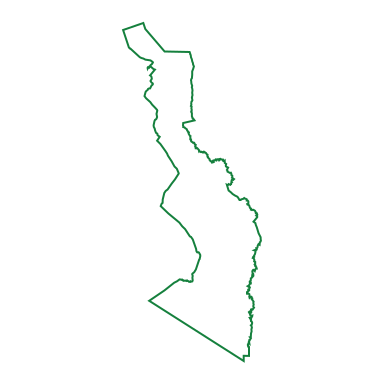 Narok South, Rift Valley, Kenya
{"feature_id": "3690345B7468975008705", "entity_name": "Narok South", "entity_type": "district", "adm_level": 2, "iso_a3": "KEN", "parent_name": "Kenya", "parent_adm1": "Rift Valley", "projection": "robinson", "projection_center": [35.805, -1.359], "detail": "fine", "context": "isolated", "style": "outline", "palette": "green", "viewbox_px": 384, "rotation_deg": 0, "n_neighbors": 0, "source": "geoboundaries", "source_scale": "gbopen_adm2", "svg_char_len": 6026}
<svg xmlns="http://www.w3.org/2000/svg" viewBox="0 0 384 384"><path d="M130.2,48.7L130.4,48.6L139.8,57.2L141.4,58.0L143.5,58.6L145.3,59.6L150.5,60.4L152.7,62.0L152.9,62.5L151.9,64.1L150.7,65.0L150.5,65.6L150.1,65.7L149.8,66.3L149.2,66.6L149.1,67.2L147.9,67.2L147.6,67.9L147.7,68.4L148.0,67.8L149.1,67.8L149.4,67.1L150.5,66.7L151.2,67.0L153.4,69.0L154.9,69.6L150.1,75.4L150.8,75.8L151.5,76.9L151.8,78.8L150.5,81.0L151.5,82.5L152.7,83.4L152.9,84.0L152.4,84.9L151.6,85.4L150.1,88.4L148.9,88.5L148.1,88.9L147.7,89.9L146.4,90.9L145.6,91.9L144.5,96.1L146.1,98.3L150.3,102.1L152.1,104.6L155.2,107.8L157.0,109.8L157.3,110.6L156.5,113.9L157.1,117.0L156.5,118.7L155.9,119.4L155.1,119.8L154.5,121.0L153.6,125.3L153.8,126.9L154.7,128.6L155.0,130.1L156.0,132.8L157.3,133.6L157.6,135.2L159.7,136.8L157.1,140.7L160.4,144.0L165.4,151.0L167.1,153.6L167.9,155.6L171.7,161.4L174.5,166.5L176.8,168.7L178.7,173.2L178.7,173.6L174.9,179.5L171.7,183.6L167.6,189.5L165.7,190.9L164.3,193.0L162.7,199.6L162.6,202.9L161.7,203.6L160.7,206.1L168.4,213.5L179.4,222.6L182.2,226.3L185.1,229.1L189.6,236.0L190.2,236.6L191.0,236.9L192.8,239.5L196.1,248.9L196.4,251.0L196.9,252.0L197.3,252.4L198.2,252.2L198.9,252.5L200.2,254.8L200.3,256.0L199.6,259.2L199.2,259.5L195.9,269.4L194.2,272.2L192.4,273.7L192.2,274.2L192.7,275.9L192.4,277.7L192.7,280.3L192.3,281.4L190.9,281.7L190.5,281.4L190.2,281.9L189.0,281.8L188.6,281.2L187.6,281.0L187.0,280.4L186.3,281.0L185.4,280.6L183.7,280.8L183.4,280.3L182.8,280.4L182.2,279.6L181.5,279.8L181.4,279.6L179.6,279.4L177.0,281.3L174.2,282.7L164.5,290.4L149.2,300.8L243.7,361.0L243.7,355.8L249.0,355.9L249.0,347.0L248.2,346.7L247.9,345.3L248.2,345.2L248.0,344.2L248.5,343.8L248.7,342.6L249.3,343.2L249.1,342.0L249.4,339.8L249.6,339.7L249.8,340.1L250.9,338.2L250.0,337.2L250.8,337.0L251.0,333.5L251.6,331.4L251.4,329.3L251.9,327.7L251.5,326.0L250.9,325.3L251.7,324.7L252.2,322.9L251.7,321.5L251.0,321.2L250.9,320.8L251.1,318.9L250.5,319.1L250.0,318.4L250.1,318.0L249.8,317.7L252.1,316.7L252.3,315.6L251.7,315.8L250.1,314.9L250.0,314.1L248.9,312.1L249.7,311.4L250.1,311.4L250.5,312.7L250.8,312.9L251.3,312.2L251.0,309.5L251.9,309.2L252.6,309.6L254.0,307.6L253.5,307.1L253.3,306.4L253.4,305.3L253.7,304.7L253.3,303.0L253.6,301.6L251.8,299.2L252.3,298.9L252.3,298.4L252.0,298.2L251.5,296.8L251.2,296.7L249.6,297.9L249.3,296.7L249.7,296.4L249.3,294.1L248.0,293.3L247.6,293.7L247.1,293.8L247.0,293.5L247.0,292.1L248.9,290.6L248.2,290.0L248.2,289.6L249.2,289.3L249.4,287.9L249.8,287.6L249.5,286.9L248.8,286.9L247.7,286.2L248.6,285.7L249.9,284.1L249.8,282.5L250.8,283.0L250.8,282.5L250.2,281.0L250.8,280.3L250.8,278.4L252.0,277.5L252.2,275.6L253.0,276.3L253.4,275.8L253.2,273.8L252.6,273.2L252.3,271.2L252.9,270.8L252.9,270.2L253.3,269.8L254.1,270.1L254.8,271.0L255.4,269.2L256.1,268.5L256.7,268.5L256.3,267.1L255.3,266.3L255.2,265.9L255.5,265.6L254.6,264.5L254.8,264.2L255.2,264.1L255.2,262.0L254.8,261.9L254.5,261.1L254.2,261.1L254.4,260.0L253.8,258.5L252.9,258.0L253.2,257.7L253.1,257.2L254.2,256.8L254.2,256.5L253.8,256.2L255.0,254.0L255.5,251.7L255.3,250.7L254.2,250.3L254.9,250.0L255.7,250.3L255.8,249.9L256.4,249.9L256.7,249.6L256.4,249.0L256.3,248.3L256.8,248.4L257.1,248.0L257.5,247.2L257.7,245.7L258.5,244.2L259.6,244.8L259.8,242.3L260.5,241.7L260.9,240.6L260.7,239.4L260.6,237.2L258.6,233.3L256.8,227.3L255.8,224.9L255.4,223.1L253.5,221.7L257.2,217.2L257.2,216.3L256.4,215.7L257.1,215.3L257.3,214.5L256.7,213.1L256.2,213.1L256.4,213.7L255.9,213.5L255.6,212.7L255.7,212.1L255.0,210.8L253.4,209.8L252.6,209.8L252.0,210.1L251.0,209.7L251.2,209.2L251.0,208.6L250.6,208.6L249.9,207.7L249.3,205.7L248.8,205.1L247.4,204.5L247.3,204.2L248.1,204.2L248.4,204.0L248.2,203.2L248.4,202.2L248.3,201.3L247.6,200.5L246.7,200.5L246.7,199.3L245.8,198.8L245.1,198.7L244.2,198.0L243.3,198.8L241.1,199.4L240.7,200.0L239.5,200.0L237.9,197.3L237.0,196.5L235.1,195.6L232.6,194.0L231.0,192.4L228.6,190.5L226.9,184.8L227.7,185.2L228.3,184.8L228.6,184.1L230.3,184.8L230.7,184.2L231.1,184.1L231.3,182.7L232.0,182.2L231.4,181.3L231.8,179.9L232.4,179.4L233.2,179.9L234.0,179.1L232.0,177.7L232.3,177.2L232.3,175.7L231.5,175.2L231.3,173.6L230.9,172.7L229.9,172.9L227.5,171.6L227.4,170.5L226.9,169.9L228.1,167.6L226.3,166.7L225.9,166.3L225.8,165.4L226.2,164.0L224.8,163.0L224.7,160.6L223.9,161.2L223.4,161.1L223.0,160.7L223.0,159.6L221.5,159.5L220.4,158.8L219.3,159.1L219.2,159.4L219.7,159.9L219.1,160.4L218.7,159.7L217.9,159.2L217.2,159.5L216.7,160.2L216.2,159.4L215.8,159.3L215.3,159.7L215.2,160.3L214.6,160.7L213.5,160.4L213.2,160.5L212.7,161.0L212.7,161.5L213.3,162.2L212.0,162.6L211.7,161.9L211.0,161.2L210.5,161.2L210.1,160.4L209.6,160.0L209.5,159.0L208.0,157.6L208.0,157.0L207.6,156.8L207.6,156.2L207.3,155.9L207.5,154.7L206.7,154.2L206.0,153.0L204.9,152.6L204.7,152.1L204.3,152.1L203.9,151.7L203.1,152.5L202.6,152.1L202.3,152.3L201.6,151.9L201.0,152.0L200.9,151.7L200.1,151.8L199.3,151.2L199.2,150.4L199.0,150.2L198.9,150.4L198.8,149.9L197.4,148.3L197.0,148.0L196.4,148.4L195.7,148.3L195.7,147.6L195.2,146.7L195.6,146.3L195.4,145.7L195.7,144.9L194.8,144.5L194.8,144.0L194.2,142.8L193.2,142.9L193.0,142.4L191.5,141.7L191.1,141.1L191.2,140.7L190.6,139.8L190.9,139.7L191.0,139.4L190.3,139.0L190.4,136.2L190.1,136.2L188.6,133.6L188.9,132.5L188.2,132.2L188.2,131.6L187.2,130.6L186.8,129.3L186.4,128.9L185.3,128.3L184.8,127.6L183.2,127.0L183.4,126.3L183.0,125.4L183.2,123.0L194.5,120.4L193.6,119.1L192.7,118.6L192.7,118.0L192.3,117.7L192.2,116.9L191.9,116.4L191.9,113.3L191.3,112.1L191.6,112.0L191.5,111.5L191.7,110.8L191.5,110.5L191.7,109.4L191.4,108.4L191.6,106.6L190.9,106.0L191.4,104.8L191.2,103.7L191.5,101.5L192.0,101.1L192.4,100.2L192.0,98.2L192.1,97.8L191.9,97.4L192.5,95.1L192.2,92.8L192.5,90.3L192.2,88.4L191.8,87.2L192.2,85.9L191.4,83.5L191.2,81.0L191.0,80.2L191.4,78.9L191.9,78.2L192.2,74.9L192.2,71.4L193.2,68.8L193.9,66.4L193.1,64.5L192.9,63.0L192.3,61.6L191.8,59.2L191.0,57.3L190.7,55.0L190.2,54.3L190.2,53.6L189.6,52.0L164.6,51.5L145.3,29.0L143.3,23.0L123.1,30.0L128.9,47.5L130.2,48.7Z" fill="none" stroke="#15803d" stroke-width="2"/></svg>